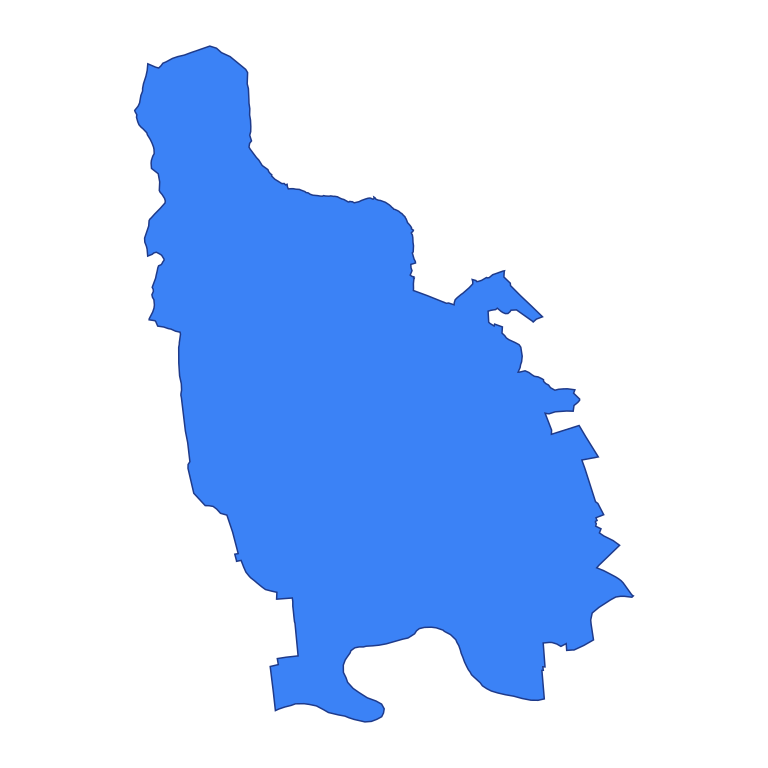 Petru Rares, Bistrita-Nasaud, Romania
{"feature_id": "2599482B85386243781565", "entity_name": "Petru Rares", "entity_type": "district", "adm_level": 2, "iso_a3": "ROU", "parent_name": "Romania", "parent_adm1": "Bistrita-Nasaud", "projection": "natural_earth1", "projection_center": [24.004, 47.209], "detail": "fine", "context": "isolated", "style": "filled", "palette": "blue", "viewbox_px": 768, "rotation_deg": 0, "n_neighbors": 0, "source": "geoboundaries", "source_scale": "gbopen_adm2", "svg_char_len": 6107}
<svg xmlns="http://www.w3.org/2000/svg" viewBox="0 0 768 768"><path d="M631.9,597.2L633.3,595.9L632.5,595.5L631.3,594.2L623.2,582.9L621.1,580.7L618.6,578.8L615.6,576.9L609.6,573.7L604.0,570.8L596.7,567.8L598.9,565.3L619.6,545.3L613.3,540.7L603.7,535.9L599.4,532.9L601.0,528.8L595.7,526.2L596.3,523.6L595.5,522.5L595.5,521.3L597.1,520.5L596.4,519.0L596.0,517.7L603.7,514.7L597.9,503.5L595.5,501.7L585.0,468.8L582.3,461.3L581.9,460.0L598.3,456.9L585.8,436.8L579.1,425.5L551.4,434.3L551.6,430.1L545.1,413.2L547.0,413.6L549.1,413.8L555.2,411.8L566.7,411.0L573.2,411.2L574.0,405.5L577.7,402.5L579.6,400.3L579.6,399.0L573.6,393.2L574.9,389.8L567.5,388.8L563.3,388.9L558.5,389.3L554.9,390.2L550.5,387.7L548.5,385.0L545.8,383.6L543.6,381.4L543.5,379.7L541.7,378.6L538.1,376.9L534.4,376.3L532.0,374.8L528.9,372.5L525.1,370.8L519.2,372.2L518.1,372.2L520.1,367.6L520.6,364.6L521.6,361.8L522.2,356.2L520.8,347.2L519.1,344.7L515.6,342.8L508.9,339.7L506.3,337.9L504.7,335.6L502.0,333.1L502.4,326.9L494.6,324.1L494.1,326.0L489.9,323.4L488.7,322.2L488.1,311.2L490.6,310.4L493.9,309.8L495.6,309.6L497.3,308.2L501.2,311.5L503.0,312.6L505.4,313.6L507.9,313.5L509.9,311.8L511.0,310.2L516.5,309.9L532.3,321.1L533.2,322.0L536.4,319.1L542.5,316.8L531.6,306.2L520.3,295.5L510.5,285.6L510.3,283.2L503.9,277.0L504.2,271.8L504.5,270.8L502.9,271.1L492.7,274.7L489.2,277.6L487.4,277.9L486.5,277.5L481.5,280.4L478.4,281.4L476.7,281.6L475.9,280.5L472.2,279.5L472.8,281.8L472.7,284.0L469.1,287.8L462.8,293.3L461.2,294.4L457.3,297.6L455.2,299.7L454.3,302.6L454.1,304.8L448.6,303.0L446.4,303.3L427.5,295.7L413.4,290.5L413.5,288.1L413.4,283.7L413.8,279.6L414.3,278.1L413.6,277.9L413.9,276.9L411.8,276.3L410.2,275.1L412.0,270.7L411.0,267.7L410.8,264.4L415.5,263.0L415.3,261.4L414.1,259.2L412.3,252.9L413.2,251.9L413.5,245.8L413.0,242.3L412.8,237.6L412.3,234.8L411.4,233.5L411.4,232.6L412.8,231.5L413.4,230.2L411.4,228.8L411.5,227.6L410.3,225.8L408.9,224.1L407.5,222.6L406.8,220.6L406.1,218.9L405.3,217.7L405.0,216.8L403.3,215.2L401.9,213.6L400.5,212.8L398.8,211.3L397.3,210.5L394.6,209.3L393.7,209.2L392.8,208.0L391.9,207.4L390.7,206.1L389.2,204.8L385.4,202.3L380.2,200.4L378.8,200.3L377.3,199.8L375.8,199.1L375.0,197.8L373.9,197.1L374.1,198.1L373.7,198.9L372.9,199.2L371.7,198.6L370.4,198.1L369.2,198.1L367.8,198.3L365.5,199.0L361.6,200.4L359.0,201.7L354.2,202.8L352.3,201.7L351.1,201.7L350.4,201.5L349.8,201.4L349.3,201.8L348.3,202.0L343.9,199.5L341.7,198.9L339.5,197.9L337.5,196.8L334.7,196.3L333.8,196.4L330.7,195.9L329.0,196.2L325.4,196.0L323.5,195.6L322.5,196.2L320.4,196.1L317.5,195.6L312.9,195.2L310.1,194.2L308.2,192.9L305.9,192.5L305.0,191.6L300.7,190.0L299.4,189.4L295.9,189.2L293.3,188.7L290.7,188.7L288.3,188.9L287.4,186.7L287.1,184.3L285.5,184.9L284.2,183.5L281.9,183.6L274.8,179.2L271.6,176.0L271.8,174.8L270.2,173.5L268.8,171.8L267.9,169.6L262.2,165.5L258.9,160.2L256.4,157.5L250.2,149.2L249.0,147.1L249.6,143.4L251.5,140.9L249.7,135.2L250.7,131.7L250.8,126.7L250.5,120.1L249.6,115.0L249.8,108.7L249.0,103.3L248.9,99.4L248.4,88.6L247.2,83.9L247.6,72.6L245.7,69.4L230.1,56.6L221.4,52.6L216.5,48.2L209.8,46.1L191.0,52.6L184.3,55.1L177.8,56.6L172.5,58.4L165.8,62.0L162.9,63.2L161.0,65.8L158.7,68.0L155.7,67.2L147.8,63.8L147.2,70.4L146.0,76.0L143.5,83.7L142.6,88.4L142.6,91.1L140.9,95.4L139.6,102.9L138.1,106.2L134.7,110.4L135.1,111.7L136.8,114.7L136.5,117.3L137.8,121.9L139.0,124.8L141.1,127.2L143.0,128.8L146.8,132.8L147.4,134.8L150.3,139.5L152.1,143.3L153.5,147.0L154.0,149.3L154.2,153.6L152.8,156.1L151.4,160.4L151.1,163.1L151.3,166.0L151.5,168.4L158.2,173.7L159.7,181.9L159.3,190.5L160.1,192.2L162.1,194.5L164.6,198.5L165.3,201.0L165.0,203.0L160.3,208.3L154.6,214.1L151.2,217.9L149.9,219.1L149.1,220.6L148.7,226.0L144.6,238.1L144.8,242.1L146.4,246.3L147.1,249.1L147.7,256.1L152.2,254.3L153.7,253.0L156.3,252.2L159.4,253.8L161.6,255.2L164.0,259.1L164.0,260.3L162.7,262.1L162.0,263.6L161.1,264.7L158.6,265.8L157.8,267.9L157.2,271.0L156.2,275.2L155.6,278.2L152.2,287.3L153.2,289.3L153.4,291.3L152.6,293.2L151.9,294.7L152.5,297.4L153.9,299.7L154.4,305.0L154.0,308.1L152.7,312.0L149.2,318.8L149.1,319.8L155.0,320.7L155.8,321.7L157.7,326.1L163.7,327.0L168.3,328.6L171.0,329.1L175.6,331.2L180.1,332.2L180.5,334.2L179.3,342.7L179.3,344.2L179.0,345.8L178.7,347.4L178.8,363.1L179.6,375.9L181.3,383.7L181.6,390.1L181.0,393.4L180.9,395.3L181.4,397.6L185.4,431.1L187.7,442.7L189.9,461.7L188.1,464.5L188.0,468.3L193.8,493.3L205.2,505.6L209.0,505.7L213.1,506.4L216.6,509.0L220.5,513.3L226.9,515.1L232.6,532.1L238.2,553.6L234.8,554.2L236.6,561.1L236.6,561.3L241.1,560.4L243.6,566.9L245.9,572.1L249.1,576.1L250.7,577.8L254.3,580.6L257.3,583.2L262.0,587.0L265.4,589.5L271.9,591.2L276.9,592.3L276.6,599.1L277.5,599.1L292.3,598.0L292.8,601.6L292.8,604.9L292.8,606.1L293.4,611.4L294.0,617.5L294.5,621.8L295.0,623.3L298.1,655.9L286.2,657.2L277.3,658.6L278.3,664.6L270.2,666.5L273.3,691.7L275.4,710.6L278.9,709.0L284.8,707.0L291.2,705.4L295.5,703.8L304.2,703.7L309.2,704.4L316.4,705.9L323.4,709.6L328.4,712.5L338.4,714.9L344.9,716.1L348.8,717.7L354.0,719.4L364.9,721.9L371.4,721.4L376.9,719.3L381.7,716.7L383.5,713.0L384.2,708.8L381.6,704.1L376.0,701.0L367.3,697.8L358.8,692.4L353.1,688.4L347.6,682.3L346.0,677.7L343.4,672.4L343.3,665.1L345.2,660.0L347.0,657.3L350.1,652.9L350.9,650.7L354.8,647.8L359.3,646.9L363.5,646.9L366.2,646.2L372.8,645.8L378.9,645.2L386.4,643.8L402.9,639.1L408.0,638.0L414.6,633.8L416.5,630.8L419.3,628.6L424.4,627.4L431.3,627.2L436.2,627.8L443.0,630.1L444.4,631.4L450.5,634.6L455.8,639.7L457.0,642.5L458.8,645.6L460.3,649.9L461.2,653.3L462.9,657.4L464.5,661.9L466.5,666.1L468.3,669.6L470.2,672.2L471.5,674.7L473.9,677.0L480.2,682.7L482.4,685.8L486.8,688.7L491.3,691.0L497.6,692.9L505.3,694.7L513.8,696.2L522.2,698.5L531.0,700.2L538.1,700.3L544.3,698.9L541.9,670.4L543.3,670.3L542.8,666.8L545.0,666.9L543.2,643.0L549.4,642.4L552.0,642.5L556.8,644.0L560.9,646.4L564.5,644.5L566.2,643.6L566.7,650.4L572.2,650.0L574.0,650.0L583.9,645.4L593.5,639.9L591.1,624.1L590.7,620.0L592.2,613.0L598.9,607.4L610.5,599.9L615.8,597.0L620.5,596.3L624.4,596.3L627.6,596.7L631.9,597.2Z" fill="#3b82f6" stroke="#1e3a8a" stroke-width="1.5"/></svg>